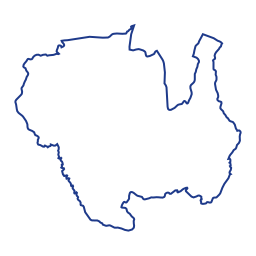 outline of Sipaliwini
{"feature_id": "SUR-69", "entity_name": "Sipaliwini", "entity_type": "District", "adm_level": 1, "iso_a3": "SUR", "parent_name": "Suriname", "parent_adm1": "", "projection": "albers", "projection_center": [-55.917, 3.687], "detail": "fine", "context": "isolated", "style": "outline", "palette": "blue", "viewbox_px": 256, "rotation_deg": 0, "n_neighbors": 0, "source": "natural_earth", "source_scale": "10m", "svg_char_len": 5757}
<svg xmlns="http://www.w3.org/2000/svg" viewBox="0 0 256 256"><path d="M235.6,148.8L233.7,150.1L232.3,152.4L230.3,154.8L229.5,156.1L228.4,158.9L229.7,158.7L230.3,159.5L230.4,160.7L230.3,161.9L229.7,162.4L229.5,162.7L230.3,163.2L230.7,165.3L230.5,165.7L229.9,166.1L230.2,166.8L230.8,167.5L231.1,167.6L231.1,168.4L230.7,170.1L229.8,171.5L229.5,172.7L229.6,173.1L230.7,174.1L230.0,174.4L229.7,174.9L228.4,178.3L224.4,183.8L222.4,187.7L220.3,193.2L219.4,194.5L216.7,197.2L216.1,197.5L214.0,197.6L212.9,198.2L211.4,202.0L210.8,202.5L209.7,202.6L207.8,202.1L207.0,202.2L206.1,203.3L205.1,203.6L202.9,203.9L201.9,203.7L201.2,203.4L201.1,201.8L200.6,200.5L200.9,199.5L201.6,199.4L201.7,199.0L201.3,197.8L201.3,196.7L200.3,196.0L199.1,195.5L198.1,195.6L196.3,196.5L193.6,197.4L191.5,196.6L186.0,191.3L185.8,190.8L186.0,190.0L187.0,188.9L187.4,188.2L187.1,187.7L186.1,187.8L183.9,188.7L182.7,189.4L180.6,191.2L178.1,192.3L177.7,192.3L177.3,191.8L177.5,190.8L177.2,190.3L175.3,190.4L170.9,193.8L169.6,193.7L169.0,192.9L168.1,192.6L167.1,192.7L166.2,193.1L165.2,194.0L164.8,196.0L164.3,196.9L162.7,197.6L160.7,197.5L158.6,197.3L156.6,197.2L153.4,197.5L151.2,197.4L149.1,198.3L144.8,199.4L143.7,199.2L143.1,198.7L142.0,197.0L141.5,196.8L137.6,195.8L136.7,195.3L133.7,192.9L132.4,192.2L131.1,192.0L130.5,192.3L130.1,192.6L129.7,193.5L129.1,195.9L129.1,198.4L128.8,199.3L126.7,202.2L126.1,202.5L125.5,202.4L124.5,201.9L123.8,202.1L123.1,203.0L122.2,204.6L121.6,206.2L121.4,207.2L122.0,207.6L124.5,207.8L125.5,208.0L126.5,209.0L127.0,211.2L127.8,212.4L129.8,213.8L131.7,216.4L133.6,218.0L134.0,218.6L134.2,219.3L133.7,221.0L133.8,223.5L134.1,225.7L133.8,227.7L132.1,229.5L128.4,230.6L124.9,229.9L121.5,228.5L117.9,227.6L115.2,227.7L114.4,227.6L110.3,225.5L109.2,225.3L106.5,225.8L105.7,225.7L102.8,224.6L102.3,223.4L101.8,223.1L100.7,222.7L99.8,222.0L99.5,221.5L97.4,220.5L92.0,220.4L90.5,219.7L85.2,212.2L83.8,206.9L83.1,205.8L80.8,205.1L80.6,204.6L80.6,202.6L80.0,201.3L78.0,199.6L77.6,198.6L78.1,197.2L77.8,196.7L76.9,195.8L76.4,194.6L76.9,192.8L76.4,192.3L75.3,193.1L74.5,193.4L74.2,192.9L74.5,191.0L74.4,190.6L72.7,188.5L72.7,187.6L73.1,186.2L72.7,185.5L71.6,186.1L71.1,185.8L70.8,183.6L70.2,182.6L68.8,181.1L68.5,180.4L69.1,179.1L69.3,178.5L68.7,178.2L66.6,178.7L66.3,177.6L67.2,175.6L66.8,175.3L64.6,176.0L63.9,175.8L63.5,174.7L63.0,174.5L62.1,171.1L63.5,169.8L64.1,169.0L63.8,168.2L62.0,168.0L61.3,167.6L62.0,166.4L61.7,164.8L61.9,164.6L62.7,164.6L62.8,164.4L62.5,162.9L62.0,161.6L61.0,160.8L60.5,159.8L61.3,158.1L61.0,157.8L60.1,158.5L59.6,158.6L59.0,158.5L58.4,158.1L58.9,157.3L59.0,156.6L58.3,154.7L58.8,152.2L58.1,150.7L58.6,149.6L58.8,147.7L58.6,146.9L57.2,144.1L55.5,145.5L54.0,145.7L50.8,144.5L50.8,145.5L50.4,146.0L48.9,146.4L47.9,147.2L47.6,146.7L46.4,146.4L45.4,145.7L44.7,145.6L44.1,146.7L43.6,146.7L43.0,146.6L40.4,145.1L38.3,144.6L37.9,144.0L37.5,142.8L37.9,141.0L37.8,139.9L38.6,138.3L38.7,137.3L37.8,136.3L36.3,135.4L35.4,135.2L34.6,133.7L34.2,132.3L32.1,130.9L29.4,129.8L28.4,129.2L27.8,128.2L27.5,127.0L27.4,124.5L27.1,123.5L26.0,120.9L23.2,116.8L22.3,115.8L18.6,112.9L17.3,111.2L16.8,109.2L16.1,104.5L15.4,102.1L15.5,101.0L16.2,99.8L21.0,94.9L21.7,94.0L22.0,92.9L22.1,91.5L21.5,88.8L21.7,87.8L23.4,85.5L23.9,83.7L24.9,81.3L25.8,79.7L26.7,76.9L27.7,75.4L28.1,74.5L28.2,73.4L27.8,72.5L26.3,70.6L25.5,68.3L23.7,67.2L23.3,66.4L23.7,64.6L24.6,63.3L26.3,61.3L27.5,59.4L27.9,59.0L28.6,58.9L30.3,59.4L31.7,59.2L32.3,58.7L33.1,57.2L34.6,55.7L36.5,54.8L38.5,54.7L40.7,55.7L43.1,54.8L45.8,54.5L47.3,55.7L49.0,55.3L53.3,54.9L54.7,54.5L56.2,53.9L57.0,53.8L58.3,54.1L58.9,53.8L56.9,51.9L56.6,51.3L56.9,50.0L57.7,48.1L58.1,46.5L58.4,45.7L59.1,45.4L60.0,45.5L60.7,45.7L61.2,46.2L61.5,47.3L63.2,46.5L63.9,45.9L64.2,45.1L63.8,44.0L61.9,41.7L61.6,40.8L64.3,40.4L67.5,40.2L89.6,36.8L102.9,37.7L108.0,37.5L109.7,36.6L111.8,34.6L112.6,34.1L113.7,33.8L116.9,33.5L122.3,33.8L125.7,33.6L126.2,33.4L127.2,31.5L128.2,31.2L129.3,29.8L131.5,28.6L131.6,28.0L131.1,27.1L131.1,26.6L131.9,26.1L134.1,25.4L131.2,34.2L129.5,46.7L129.6,49.6L132.8,50.3L133.4,50.3L136.1,49.5L138.5,49.1L139.6,49.3L143.1,50.4L144.4,51.2L145.1,51.8L145.4,52.4L145.8,54.6L146.2,55.8L146.7,56.3L147.4,56.5L149.8,56.0L153.8,54.1L154.4,53.6L154.7,52.6L155.6,51.4L156.9,50.8L162.5,59.6L163.3,61.3L163.9,63.4L164.9,72.4L164.5,83.5L165.2,84.4L165.9,85.6L166.5,87.3L167.6,106.8L168.0,108.6L168.3,109.2L169.3,109.9L170.4,109.9L171.0,109.8L174.6,107.9L177.5,105.2L178.1,104.8L179.4,104.4L181.7,104.0L182.2,103.6L183.7,101.5L184.1,101.1L184.6,101.0L185.0,101.2L185.6,101.7L186.6,103.2L187.1,103.5L187.6,103.3L188.1,102.8L189.0,100.4L190.4,97.9L191.7,94.1L191.6,92.3L190.4,88.2L190.4,86.2L191.1,84.9L193.0,83.2L194.0,82.1L194.6,80.8L194.8,79.5L194.8,74.0L195.8,71.8L196.3,69.3L197.4,66.8L197.8,64.2L199.0,61.9L198.9,60.7L198.1,59.1L196.6,57.7L192.9,56.3L193.8,53.7L194.4,50.5L195.5,46.2L195.8,45.8L196.2,45.3L198.1,43.6L198.5,43.1L199.1,41.3L202.9,34.2L213.7,38.2L217.6,40.7L219.5,41.4L220.8,42.1L222.1,43.4L221.5,44.3L220.9,46.5L219.7,47.5L219.1,48.8L216.1,52.2L215.1,53.9L214.6,55.7L215.1,57.9L215.0,58.7L213.3,60.0L213.0,60.6L213.5,61.9L213.5,68.8L213.7,69.5L215.2,70.3L215.9,71.3L215.7,74.7L216.4,76.5L216.5,77.1L216.5,79.4L216.3,80.3L215.2,82.4L215.0,83.8L216.0,89.7L217.7,93.2L218.2,95.6L218.2,97.0L217.3,99.0L217.5,100.0L218.2,100.7L218.8,101.2L220.7,101.7L221.3,102.1L221.5,103.3L220.4,106.9L220.4,108.3L221.0,109.2L222.8,110.9L223.2,111.4L223.8,113.3L225.3,114.9L226.7,117.4L227.7,118.0L228.0,118.4L229.1,120.1L229.6,120.8L230.6,121.3L232.5,121.9L233.1,122.2L234.8,124.6L235.9,128.5L237.2,130.4L237.3,130.8L239.0,130.4L239.5,130.6L240.3,131.4L240.6,132.1L240.6,132.9L240.1,134.2L239.7,136.5L239.9,140.7L239.0,142.9L237.0,145.0L236.2,147.8L235.6,148.8Z" fill="none" stroke="#1e3a8a" stroke-width="2"/></svg>